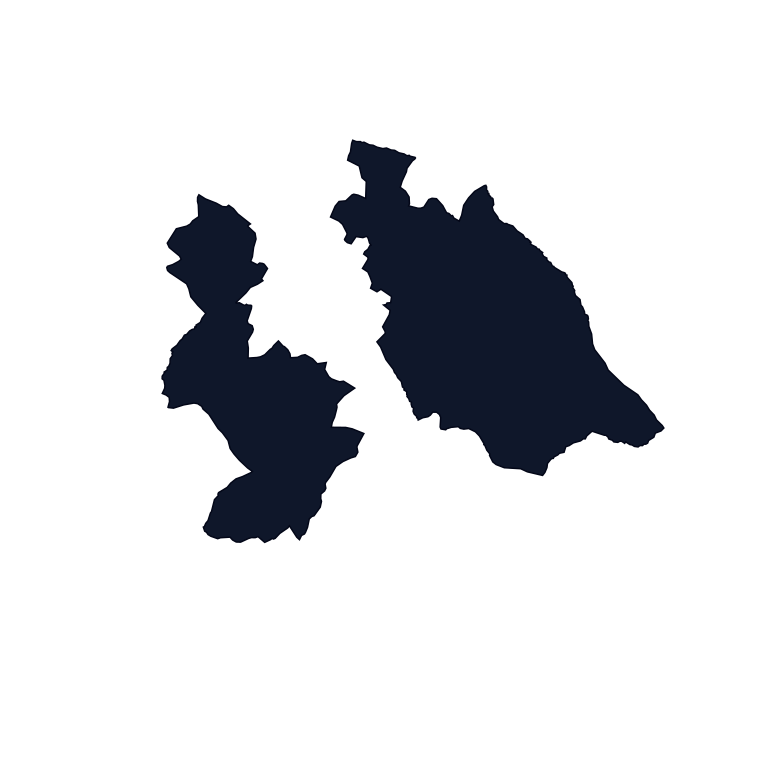 Kahama, Shinyanga, United Republic of Tanzania (Albers equal-area conic projection), rotated 213°
{"feature_id": "72390352B22692962057204", "entity_name": "Kahama", "entity_type": "district", "adm_level": 2, "iso_a3": "TZA", "parent_name": "United Republic of Tanzania", "parent_adm1": "Shinyanga", "projection": "albers", "projection_center": [32.403, -3.76], "detail": "fine", "context": "isolated", "style": "filled", "palette": "ink", "viewbox_px": 768, "rotation_deg": 213, "n_neighbors": 0, "source": "geoboundaries", "source_scale": "gbopen_adm2", "svg_char_len": 6172}
<svg xmlns="http://www.w3.org/2000/svg" viewBox="0 0 768 768"><g transform="rotate(213 384 384)"><path d="M125.3,499.5L128.0,500.7L135.9,502.3L140.5,505.1L147.1,506.7L152.3,509.2L159.4,510.9L165.2,513.2L182.2,513.6L203.6,517.8L210.0,521.9L225.9,527.5L230.9,531.2L237.1,539.0L243.6,543.9L246.2,547.5L247.8,548.4L248.0,549.9L249.8,551.9L250.8,552.4L253.8,551.9L255.2,553.8L259.4,556.7L261.8,557.4L265.6,561.6L271.7,562.5L274.4,564.8L275.0,566.3L278.4,567.8L278.6,569.1L279.5,569.2L281.7,571.4L287.5,572.9L289.1,573.6L289.9,575.0L291.4,574.5L292.1,575.6L293.4,575.6L296.1,574.8L304.7,574.6L305.6,575.1L307.0,574.6L310.4,576.7L312.4,576.2L315.3,577.0L316.0,578.3L319.7,578.0L322.3,579.4L322.5,580.7L325.8,580.8L327.5,581.6L328.7,580.8L331.1,581.7L337.2,581.0L337.9,582.9L338.8,582.4L339.2,583.3L342.7,583.9L344.9,583.0L348.6,584.8L355.8,584.9L362.0,586.7L367.4,585.3L368.3,585.5L370.7,583.9L377.5,584.4L379.8,586.1L386.5,588.6L389.8,591.5L389.7,594.2L393.4,598.6L394.5,598.9L395.5,598.3L396.8,599.3L398.5,599.4L399.8,600.8L400.4,600.2L402.0,602.2L403.7,602.6L405.3,605.2L406.8,606.1L407.9,605.0L412.9,594.9L414.4,586.2L414.5,577.3L410.8,567.9L409.6,561.6L415.7,561.2L418.3,562.6L419.2,561.7L422.4,562.4L424.8,561.7L431.9,565.6L440.9,568.0L444.9,565.9L446.9,563.1L446.9,554.1L448.9,551.5L451.3,549.9L460.4,546.8L460.8,549.0L464.8,554.5L471.1,557.4L477.5,557.8L479.3,564.0L480.8,574.2L482.2,577.5L481.7,586.7L480.7,589.4L480.7,590.7L481.4,591.0L486.1,589.3L487.5,589.5L488.4,588.4L489.9,587.9L492.4,587.9L497.5,586.0L502.3,585.8L505.6,584.1L510.4,583.3L513.2,580.8L518.9,578.8L523.2,578.3L526.5,576.6L532.5,575.9L534.0,574.4L535.7,574.5L539.3,572.2L543.0,571.4L542.2,568.2L538.5,560.3L538.0,556.2L536.4,551.9L523.5,553.3L514.8,545.0L509.2,544.2L500.4,529.6L508.6,528.3L512.7,526.7L513.8,525.2L515.8,516.8L521.1,512.6L521.8,506.6L519.8,494.9L510.7,496.1L505.7,495.3L497.2,490.4L496.4,489.0L495.9,483.8L494.9,483.1L491.7,482.6L487.9,483.7L487.7,492.4L481.4,495.3L479.2,498.2L477.7,498.2L475.8,496.9L473.0,494.4L470.6,493.4L471.2,492.5L470.9,488.2L472.2,484.4L471.8,481.9L466.8,481.6L466.0,481.0L465.3,479.6L465.0,469.2L458.6,469.2L454.4,466.5L448.7,462.2L447.4,457.0L440.1,457.5L438.2,461.8L425.7,461.5L425.0,460.9L422.7,455.8L425.6,453.6L425.5,451.8L427.4,450.0L419.0,449.1L417.3,445.0L416.3,431.2L411.8,428.7L410.5,427.2L412.9,415.5L407.0,413.2L395.6,405.5L384.2,401.4L381.5,399.4L378.7,398.6L376.0,396.8L370.8,395.5L366.9,391.6L364.4,391.2L364.1,389.9L360.8,389.9L359.1,387.4L358.0,387.0L357.9,386.0L355.4,385.3L353.0,383.4L351.0,383.7L350.4,382.1L348.1,380.0L346.2,380.0L344.7,376.9L342.3,375.2L338.6,374.5L338.2,373.5L337.1,373.7L335.7,372.4L333.1,376.8L329.3,380.5L328.2,383.1L327.8,386.9L324.5,389.0L320.9,388.6L318.2,386.8L313.5,378.5L311.7,377.3L307.3,379.2L307.1,380.6L304.0,384.3L298.4,388.7L295.9,388.3L292.5,389.6L288.7,392.8L281.3,393.7L275.7,392.4L267.6,388.4L267.3,387.5L266.1,387.5L261.7,384.5L257.2,383.0L256.6,381.6L250.3,377.9L246.1,377.5L237.5,379.3L223.2,387.4L216.0,388.4L201.2,393.7L200.9,397.5L201.8,402.6L203.6,406.4L203.1,411.4L202.7,412.8L201.5,413.8L201.7,415.5L199.6,419.2L199.2,421.4L195.8,424.8L197.4,430.4L195.2,433.1L193.1,437.8L188.2,443.3L187.0,446.6L185.3,447.6L185.7,450.9L183.8,457.7L171.4,461.0L169.8,461.9L167.0,461.4L165.6,460.3L161.9,461.2L159.7,460.6L156.1,462.4L155.0,464.5L153.4,465.4L149.8,465.3L149.8,467.1L144.9,467.1L142.6,468.0L140.1,468.0L136.6,469.6L135.9,471.7L133.6,473.2L133.3,475.0L131.6,476.2L130.7,478.0L131.3,480.8L128.7,486.3L129.7,490.6L126.1,495.5L125.3,499.5ZM370.1,207.4L370.7,212.1L369.0,214.9L369.1,217.0L370.1,222.2L373.2,230.1L372.4,233.5L370.9,235.4L370.4,246.0L372.5,251.5L374.6,253.4L377.0,257.3L375.6,262.0L376.0,264.9L378.9,268.0L379.3,269.7L378.8,276.5L379.4,288.7L376.2,296.6L371.6,303.9L368.5,307.6L368.8,312.6L372.4,316.4L372.8,317.6L373.9,331.5L386.2,329.1L392.5,326.7L404.6,319.0L406.5,323.6L407.4,329.3L409.7,336.1L410.8,339.0L412.9,341.4L411.2,352.4L406.3,364.6L419.5,364.3L422.4,361.7L425.7,360.8L430.9,359.7L434.3,360.1L441.7,363.9L444.1,370.6L451.0,364.6L457.6,366.2L466.1,365.6L468.6,363.2L471.0,359.3L476.7,355.1L479.3,358.1L483.4,360.3L487.8,361.1L489.4,360.8L496.0,362.6L497.4,356.2L497.4,352.9L498.3,351.1L499.9,343.6L502.4,339.5L505.0,337.0L512.1,331.7L517.4,340.3L522.1,345.6L522.5,355.9L523.4,358.7L526.3,361.1L530.8,360.6L533.2,362.5L536.3,375.0L537.5,377.4L538.4,377.6L541.3,375.9L542.8,375.9L543.2,374.6L544.3,373.8L549.5,373.4L551.9,371.4L552.5,371.9L549.4,385.2L548.7,392.2L544.5,398.7L541.8,404.7L544.0,405.4L544.6,417.4L549.7,419.2L551.4,419.0L554.2,417.7L555.1,415.0L562.6,414.2L563.7,419.1L567.8,427.6L570.3,435.9L574.3,440.3L583.5,441.9L584.4,442.7L583.2,445.5L599.3,447.0L605.7,449.0L611.6,449.3L612.5,446.8L616.2,444.8L623.1,444.3L634.5,442.0L642.3,441.9L642.0,439.0L639.9,435.6L637.3,433.1L630.5,423.5L633.3,416.7L633.6,412.6L635.5,408.9L642.7,401.1L642.5,384.1L638.4,381.5L625.2,380.0L622.0,378.2L623.0,375.0L626.3,369.0L629.7,364.8L629.6,363.3L627.3,361.3L624.3,360.8L604.1,360.5L599.5,357.5L593.5,351.9L582.9,348.6L571.9,346.2L572.4,340.1L571.6,335.6L573.7,331.0L572.6,329.6L573.7,329.1L573.0,326.9L574.6,325.3L575.9,322.6L576.5,318.1L578.0,316.3L577.8,311.7L578.6,309.3L578.8,303.7L580.8,298.1L580.7,296.1L578.5,295.9L578.6,294.3L576.9,292.6L577.1,288.8L574.7,284.8L574.2,281.5L574.8,279.9L573.5,277.6L574.8,274.4L574.1,274.5L574.3,269.8L572.9,267.5L570.6,267.3L566.9,263.4L565.6,260.9L564.8,255.3L560.7,256.1L556.9,255.8L554.3,252.4L552.5,246.8L552.0,246.8L547.4,249.1L540.6,257.4L533.0,264.5L529.6,266.0L524.7,266.0L522.1,264.4L514.5,263.3L498.9,256.3L493.0,255.1L484.0,251.7L477.9,246.1L471.7,243.6L463.7,241.3L452.7,239.3L446.8,239.0L447.2,237.4L452.3,229.2L456.4,223.9L458.6,217.4L459.2,211.9L463.6,202.8L463.3,201.2L462.2,200.3L463.2,194.7L459.2,183.0L459.3,181.3L457.2,173.6L457.6,170.0L457.0,166.6L457.6,165.6L454.2,162.9L452.1,163.0L449.6,161.9L446.3,162.0L439.2,163.7L437.4,166.0L429.7,171.7L426.0,170.7L421.9,171.0L418.1,173.3L413.4,180.8L411.5,183.0L408.3,185.0L406.5,187.4L397.8,186.2L394.3,191.8L393.9,193.4L392.2,193.8L391.2,195.3L390.0,202.0L386.3,211.0L386.2,213.6L373.7,208.0L370.1,207.4Z" fill="#0f172a" stroke="#020617" stroke-width="1.5"/></g></svg>